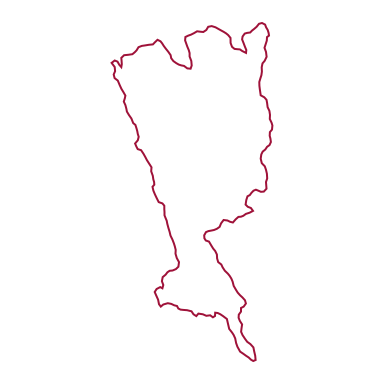 Congonhas do Norte, Minas Gerais, Brazil
{"feature_id": "56859067B59988172077466", "entity_name": "Congonhas do Norte", "entity_type": "district", "adm_level": 2, "iso_a3": "BRA", "parent_name": "Brazil", "parent_adm1": "Minas Gerais", "projection": "robinson", "projection_center": [-43.683, -18.902], "detail": "fine", "context": "isolated", "style": "outline", "palette": "rose", "viewbox_px": 384, "rotation_deg": 0, "n_neighbors": 0, "source": "geoboundaries", "source_scale": "gbopen_adm2", "svg_char_len": 3793}
<svg xmlns="http://www.w3.org/2000/svg" viewBox="0 0 384 384"><path d="M111.6,62.9L114.7,67.0L115.1,71.2L113.7,74.5L114.6,78.1L117.8,80.6L119.7,85.1L121.4,88.8L123.4,92.1L125.4,95.6L124.8,98.4L123.8,101.6L125.4,105.1L126.4,108.9L126.9,111.6L129.0,115.1L131.4,118.5L133.2,123.1L135.4,124.9L136.6,128.7L137.3,131.3L137.8,134.0L138.7,136.8L137.8,140.3L135.1,143.5L136.3,146.4L137.7,149.1L141.1,150.2L143.5,153.8L145.4,157.2L146.9,160.1L149.0,163.4L151.5,167.3L151.2,171.3L152.8,175.8L153.3,179.3L154.1,182.0L154.3,184.7L152.5,186.8L153.4,190.7L154.9,194.3L156.6,197.9L158.7,202.1L162.4,203.4L164.3,205.7L164.3,209.2L164.5,212.2L164.5,215.3L165.6,218.1L166.7,220.7L167.3,223.8L168.4,227.9L169.6,231.8L170.5,235.6L172.4,239.5L173.9,243.4L174.8,246.3L175.7,249.9L175.5,253.7L176.8,258.1L179.0,262.1L178.4,266.7L175.9,269.1L172.6,270.5L169.6,270.8L167.4,272.3L165.6,274.7L162.7,277.1L161.9,281.2L163.3,285.0L162.4,288.3L160.2,287.1L156.6,289.0L154.7,292.0L156.0,295.0L158.1,299.7L159.0,304.2L160.8,306.6L163.3,304.5L167.8,303.2L171.3,303.9L174.2,305.3L177.0,306.0L178.3,308.5L180.5,309.6L183.2,309.9L187.1,310.2L191.5,311.3L193.5,314.3L196.3,316.1L198.4,313.6L202.9,314.3L206.3,315.8L210.2,315.3L212.9,317.3L215.0,316.0L215.2,312.7L217.7,313.0L220.4,314.3L223.2,316.2L226.9,319.0L228.0,323.8L229.2,328.9L232.1,332.6L233.6,334.9L235.2,338.4L236.1,343.0L237.4,346.7L238.8,349.2L240.1,351.6L243.2,353.7L246.1,355.8L248.7,357.5L251.0,359.7L253.2,361.0L255.6,360.0L255.2,355.7L254.2,351.4L253.4,347.4L250.4,344.1L247.2,341.8L245.0,338.8L242.6,335.2L241.1,331.8L241.5,328.4L242.1,324.4L239.9,321.0L238.6,317.8L238.8,314.6L241.0,311.6L241.0,308.0L243.7,306.6L245.9,303.5L245.0,300.3L242.4,297.4L240.0,295.2L237.7,292.6L235.9,289.7L233.7,285.9L232.6,281.6L231.3,278.5L229.6,275.8L227.9,273.7L224.8,270.7L222.6,267.3L221.3,264.5L218.2,262.1L217.1,258.4L216.9,254.5L215.2,251.0L213.2,248.6L211.4,245.7L209.0,241.6L205.8,240.5L204.4,238.3L204.2,235.3L206.0,232.1L208.4,231.1L211.1,230.6L214.0,230.0L216.9,228.8L219.6,226.9L221.1,223.3L223.6,220.0L227.5,220.5L230.1,221.8L232.9,222.5L235.7,219.3L238.4,216.9L241.0,216.7L243.3,215.8L245.9,213.9L249.6,212.7L253.0,210.9L250.9,208.0L247.8,206.8L245.6,204.6L246.3,200.0L247.5,196.3L249.8,195.1L251.4,192.9L253.5,190.7L255.9,189.7L258.4,190.7L260.9,191.8L263.8,191.6L266.5,188.7L266.2,184.8L266.0,182.0L267.2,178.4L266.9,173.7L266.0,169.8L264.8,166.3L261.8,163.2L260.7,158.7L261.3,154.4L262.7,151.6L265.3,149.5L267.1,146.8L269.5,145.1L270.9,142.0L270.4,138.5L269.7,135.8L269.9,132.1L272.0,129.6L272.4,125.5L271.6,122.8L269.8,119.0L270.0,114.9L269.4,110.9L267.6,107.1L267.1,103.0L266.5,99.8L264.3,97.3L260.7,95.3L260.2,91.8L259.8,89.1L259.4,85.8L259.3,82.0L260.4,78.3L261.4,75.2L261.9,71.6L261.7,67.3L262.5,63.4L264.7,60.8L266.6,56.8L266.0,51.9L264.5,47.8L265.6,44.4L266.8,40.6L267.0,37.1L269.0,35.6L268.6,32.9L267.7,30.0L266.1,27.3L265.1,24.6L262.0,23.0L259.0,23.8L256.6,26.8L254.2,28.9L252.0,30.6L250.2,32.5L247.1,32.9L244.7,33.6L242.6,36.5L242.1,39.4L243.5,42.9L245.0,46.9L246.3,50.0L246.0,52.9L242.2,51.0L239.9,49.4L237.3,49.2L234.5,48.9L232.0,46.8L230.6,43.0L230.5,37.9L228.1,35.0L226.0,33.3L223.6,31.8L221.2,30.5L218.7,29.1L215.5,27.3L211.7,26.1L208.2,26.8L206.3,30.0L203.3,32.0L200.2,31.7L197.1,31.3L193.9,33.2L190.9,34.7L188.3,35.6L185.4,37.0L185.1,40.4L186.1,43.2L187.3,46.6L188.8,50.2L189.6,53.1L189.6,56.5L191.3,61.0L191.7,65.5L190.6,68.7L187.3,68.4L184.0,65.9L181.3,65.4L178.8,64.6L176.2,63.1L173.4,61.1L171.2,58.2L170.6,55.1L168.3,51.8L165.9,48.8L163.8,46.0L162.1,43.3L160.5,41.3L157.5,39.8L154.9,42.3L152.9,44.4L148.8,44.8L145.2,45.4L141.8,45.9L138.5,47.2L136.6,50.3L134.8,52.2L132.4,54.2L128.2,54.8L124.1,55.2L121.3,57.9L121.6,61.1L121.8,64.2L121.3,67.1L119.3,64.8L117.5,61.6L114.7,60.5L111.6,62.9Z" fill="none" stroke="#9f1239" stroke-width="2"/></svg>